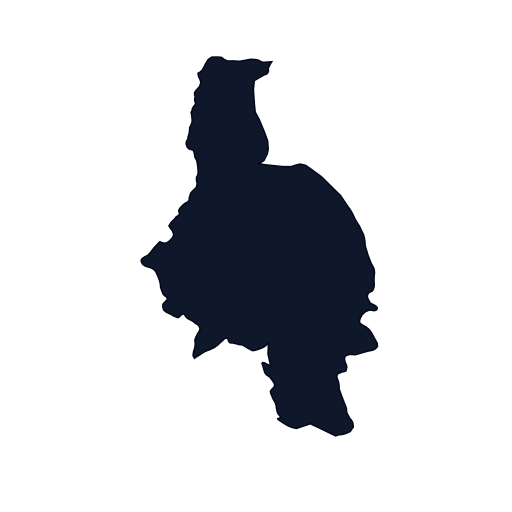 Coatepec, Puebla, Mexico (Mercator projection), rotated 155°
{"feature_id": "50627088B61937823223292", "entity_name": "Coatepec", "entity_type": "district", "adm_level": 2, "iso_a3": "MEX", "parent_name": "Mexico", "parent_adm1": "Puebla", "projection": "mercator", "projection_center": [-97.728, 20.055], "detail": "fine", "context": "isolated", "style": "filled", "palette": "ink", "viewbox_px": 512, "rotation_deg": 155, "n_neighbors": 0, "source": "geoboundaries", "source_scale": "gbopen_adm2", "svg_char_len": 5236}
<svg xmlns="http://www.w3.org/2000/svg" viewBox="0 0 512 512"><g transform="rotate(155 256 256)"><path d="M151.4,222.4L150.6,224.9L149.9,228.1L149.5,230.2L149.7,234.5L149.6,238.5L149.9,241.3L150.3,244.2L150.6,247.2L150.6,253.4L151.0,257.8L152.0,263.2L153.8,275.1L155.4,279.2L163.2,300.2L167.9,308.8L172.6,317.1L177.0,320.6L181.0,321.5L186.2,322.1L193.8,325.6L208.6,334.5L214.4,338.4L208.4,339.2L202.5,343.9L199.7,347.8L196.8,355.4L196.0,364.5L195.4,378.8L195.9,386.8L193.6,393.4L188.1,407.8L183.4,415.7L178.6,416.1L171.9,416.7L169.4,416.4L167.9,417.0L166.6,418.3L166.0,419.7L165.4,421.1L164.3,422.0L162.1,423.8L159.6,425.4L168.0,428.6L171.5,432.9L174.0,434.6L177.8,436.6L188.4,439.3L194.3,442.5L199.1,444.6L201.5,447.2L203.4,450.7L207.0,452.7L211.9,454.9L216.0,454.4L219.6,452.2L222.7,449.7L226.5,447.0L229.0,446.3L231.4,446.1L232.2,442.7L232.1,440.2L232.4,437.7L233.0,436.0L234.6,434.5L235.7,433.4L238.2,432.3L240.0,431.6L241.6,430.7L242.8,429.8L243.5,428.0L243.7,426.2L245.1,424.4L245.9,422.7L246.1,421.1L246.2,420.1L246.6,419.4L247.6,418.7L249.7,417.7L251.4,416.4L252.6,414.7L254.1,413.7L254.8,410.6L255.6,408.4L256.2,406.7L257.1,404.7L258.6,403.1L260.3,401.6L261.9,400.3L263.3,397.5L265.1,395.0L267.2,392.7L268.2,390.9L270.6,389.3L271.9,387.2L272.3,383.9L271.7,381.6L269.9,379.9L268.3,378.7L268.3,376.0L269.6,371.2L269.3,367.8L270.3,363.8L272.7,356.9L274.5,354.1L276.7,352.4L278.0,349.7L278.8,346.2L281.3,343.3L285.5,341.9L288.6,340.6L290.8,338.1L292.0,336.9L293.0,334.7L295.1,333.9L298.6,333.7L300.9,333.0L304.3,331.7L306.7,330.1L307.2,328.6L307.3,326.9L308.3,325.9L309.3,325.5L310.6,325.4L312.4,325.0L314.0,324.0L318.4,322.5L322.2,320.1L321.8,317.2L321.2,314.6L321.2,312.6L321.5,310.4L322.7,308.8L324.4,307.7L326.6,306.8L329.5,305.8L331.7,305.8L333.5,306.1L335.6,308.0L337.2,309.6L344.5,306.7L348.1,304.9L351.0,303.4L353.8,302.4L357.6,302.2L359.4,301.9L359.9,301.9L361.4,301.2L362.2,299.7L362.4,298.3L362.1,296.2L361.2,294.5L360.4,293.4L359.2,292.4L357.6,290.9L356.4,289.9L355.1,288.3L354.4,287.0L353.7,285.4L353.4,283.3L353.5,279.2L353.7,275.2L353.9,274.2L354.5,271.1L355.7,267.9L356.1,263.9L356.3,261.1L355.7,258.8L354.4,256.8L354.3,255.0L354.5,254.2L358.0,252.8L360.3,251.9L361.3,250.8L362.0,248.9L362.4,246.9L362.5,246.2L361.4,243.5L359.4,241.0L357.5,238.9L356.7,237.3L355.4,235.9L354.5,234.7L352.7,233.1L351.1,233.2L349.6,234.0L347.4,234.4L346.1,234.3L345.5,232.9L345.3,230.7L344.4,228.3L342.7,226.1L340.7,223.5L339.2,220.2L337.7,218.2L337.2,215.7L337.6,213.5L339.2,211.8L341.9,210.2L344.8,207.8L346.4,206.3L347.2,205.0L347.6,203.6L348.3,201.8L349.1,200.6L350.1,198.9L351.1,197.7L352.3,196.5L353.0,195.7L353.7,194.7L354.9,192.8L355.2,191.6L355.0,190.1L354.9,189.2L353.7,189.6L350.4,190.0L346.9,190.5L343.0,191.0L340.3,190.9L338.2,190.7L336.0,190.6L334.4,190.7L332.4,190.7L328.5,191.4L326.4,192.2L324.0,192.9L322.2,193.4L320.0,194.2L318.1,194.4L317.0,193.7L316.5,192.5L316.7,191.0L316.8,189.7L316.4,188.6L315.8,187.9L314.1,187.2L313.5,186.7L311.0,184.8L308.8,182.9L306.2,181.4L304.5,179.2L302.7,176.4L301.3,174.5L300.3,173.1L299.0,171.6L296.7,170.9L293.8,170.5L292.0,170.3L290.6,170.3L289.3,170.2L287.6,170.2L286.3,170.4L283.3,171.0L281.2,171.5L282.4,169.7L283.7,167.8L284.1,166.5L284.9,165.4L285.6,163.9L286.2,162.9L286.4,162.5L287.0,160.3L287.6,157.3L288.1,155.4L288.2,154.0L288.7,152.6L289.1,150.9L289.2,149.9L291.0,152.5L292.6,154.2L292.9,155.0L293.9,155.9L295.0,156.6L296.0,156.1L296.1,154.5L296.5,151.9L297.0,149.0L297.3,146.6L296.8,144.0L294.6,140.3L293.8,136.4L293.4,133.9L293.4,131.7L294.8,129.7L297.1,128.9L299.6,127.7L300.3,127.0L300.7,125.0L300.8,122.1L300.9,118.9L300.6,116.2L300.6,113.8L301.0,111.8L301.6,110.1L302.1,107.9L302.6,105.8L302.8,104.1L302.5,102.9L302.2,101.7L301.9,100.8L301.9,100.0L302.2,99.4L302.8,99.1L303.6,99.1L304.2,99.3L305.0,99.4L305.1,98.8L304.5,97.5L301.6,92.7L298.8,88.6L295.7,85.3L292.2,82.6L277.7,81.0L270.4,72.3L266.8,67.8L262.9,63.0L259.7,59.2L257.2,59.1L255.2,58.5L252.9,57.7L251.0,57.4L249.4,57.2L244.8,57.1L241.2,59.3L240.3,59.7L239.8,60.6L239.4,61.7L239.2,62.6L238.7,64.0L238.8,65.3L238.9,66.4L238.9,67.2L239.6,68.8L239.7,69.9L239.7,71.5L239.8,72.8L239.9,74.0L239.9,75.0L239.8,76.1L239.5,76.9L239.3,77.5L239.0,78.0L238.8,78.9L238.6,79.2L238.3,81.3L238.1,84.8L237.7,90.5L237.4,94.9L236.8,100.4L235.3,103.9L234.4,107.3L234.2,110.1L233.8,112.7L232.5,114.1L231.1,114.7L228.9,114.6L226.9,114.5L224.8,113.9L223.1,113.8L221.6,115.7L220.7,116.8L220.1,119.1L220.1,122.2L219.5,124.9L218.5,126.7L216.7,127.6L213.1,127.4L210.2,125.9L207.8,124.6L204.4,124.0L200.8,123.5L195.1,122.5L192.3,121.9L189.9,121.3L187.1,121.4L184.2,122.6L183.0,125.6L183.4,131.2L183.6,135.4L184.0,139.1L184.7,141.9L186.4,145.4L189.3,149.4L190.2,151.2L189.7,153.4L188.1,155.3L186.3,156.7L184.9,157.8L182.9,158.5L180.8,159.2L177.8,159.2L176.2,159.1L174.5,158.3L173.0,157.1L171.3,156.3L169.8,156.2L168.9,156.5L168.1,157.7L168.1,158.9L168.7,160.3L170.4,162.7L171.7,164.0L172.4,165.6L172.5,167.5L172.6,170.5L172.0,172.8L170.0,174.8L167.3,175.2L165.3,175.1L163.0,177.0L161.4,179.1L159.9,182.7L158.3,186.3L156.7,189.0L155.5,191.0L154.4,194.7L154.5,197.5L154.7,200.2L154.6,203.0L154.3,207.2L154.1,209.9L153.5,213.6L153.2,216.1L152.8,218.5L152.1,220.9L151.4,222.4Z" fill="#0f172a" stroke="#020617" stroke-width="1.5"/></g></svg>